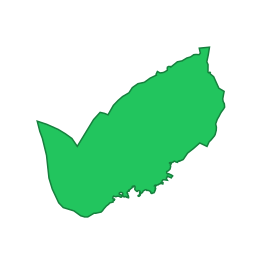 outline of Mobbar, Borno, Nigeria, rotated 192°
{"feature_id": "59680162B87872962443621", "entity_name": "Mobbar", "entity_type": "district", "adm_level": 2, "iso_a3": "NGA", "parent_name": "Nigeria", "parent_adm1": "Borno", "projection": "mercator", "projection_center": [12.643, 13.067], "detail": "fine", "context": "isolated", "style": "filled", "palette": "green", "viewbox_px": 256, "rotation_deg": 192, "n_neighbors": 0, "source": "geoboundaries", "source_scale": "gbopen_adm2", "svg_char_len": 4861}
<svg xmlns="http://www.w3.org/2000/svg" viewBox="0 0 256 256"><g transform="rotate(192 128 128)"><path d="M158.5,137.5L163.4,129.1L167.1,118.6L173.8,99.5L180.7,106.1L188.0,109.3L196.0,112.1L208.2,114.7L218.2,115.8L213.5,106.3L209.6,100.1L202.0,84.3L194.9,62.6L189.4,52.6L180.2,40.4L174.8,36.7L163.7,35.7L156.0,32.3L151.8,32.0L148.8,32.7L146.3,35.0L143.5,37.6L141.9,37.9L136.8,40.2L136.0,41.4L135.6,42.0L135.4,42.6L134.7,44.1L132.9,47.3L131.1,49.4L130.3,50.9L127.2,52.5L127.3,52.8L127.4,53.2L127.3,53.5L127.2,53.8L126.8,54.1L126.6,54.2L126.4,54.3L126.4,54.5L126.3,54.9L126.3,55.1L126.2,55.4L126.4,55.6L126.5,55.7L127.0,55.6L127.2,55.3L127.5,55.2L127.7,55.4L127.9,55.6L128.0,55.9L128.4,56.1L128.3,56.8L128.3,57.4L128.1,58.0L128.0,58.3L127.1,58.3L125.5,58.3L124.4,59.0L122.8,59.3L122.4,59.3L122.1,59.2L121.5,59.0L121.1,58.8L120.6,58.9L120.4,59.0L120.2,59.0L119.9,59.1L119.8,59.4L119.8,59.7L119.9,60.0L120.0,60.3L120.4,60.9L121.2,61.3L121.6,61.4L122.1,61.3L122.4,61.3L122.7,61.4L122.8,61.5L123.0,61.8L123.0,62.1L123.0,62.5L122.9,62.7L122.8,62.9L122.6,63.1L122.3,63.3L122.0,63.5L121.7,63.6L121.4,63.6L121.2,63.6L120.9,63.6L120.5,63.5L120.2,63.5L120.0,63.4L119.6,63.0L119.4,62.8L119.3,62.6L119.4,62.2L119.5,62.0L119.5,61.8L119.4,61.5L119.4,61.3L119.2,61.1L119.0,60.8L118.7,60.6L118.6,60.4L118.5,60.2L118.2,60.0L118.0,59.9L117.8,59.9L117.6,59.8L117.3,59.8L117.1,59.9L116.5,60.4L115.9,60.5L115.5,60.1L114.5,59.9L114.3,59.9L114.2,60.0L114.3,60.1L114.4,60.4L114.2,60.5L113.9,60.7L113.7,60.6L113.7,60.3L113.7,59.9L113.3,59.8L113.0,59.8L112.9,59.9L113.0,60.3L113.2,61.0L113.5,61.4L113.6,61.9L114.0,62.3L114.4,62.7L114.5,63.0L114.5,63.5L114.8,63.6L115.0,63.7L115.2,64.1L115.4,64.3L115.5,64.7L115.3,65.4L115.0,65.8L114.8,66.2L114.6,66.3L114.2,66.3L113.9,66.3L113.8,66.5L113.7,66.8L113.7,67.0L113.9,67.0L114.1,66.9L114.3,66.8L114.4,67.0L114.3,67.5L114.1,67.6L113.6,67.8L113.2,68.4L112.7,69.2L112.3,69.6L111.7,70.2L111.5,70.9L111.7,71.5L111.6,71.8L111.3,72.0L111.1,72.1L111.0,71.9L110.8,71.5L110.5,71.5L110.4,71.8L110.6,72.1L110.6,72.3L110.2,72.5L109.7,72.7L109.3,72.5L109.0,72.1L108.7,71.6L108.8,71.3L108.8,70.8L108.7,70.3L108.7,70.0L108.6,69.4L108.1,68.9L107.5,68.5L106.9,68.2L106.6,68.0L106.3,67.9L106.0,67.8L105.7,67.9L105.6,68.0L105.4,68.4L105.3,68.7L105.0,68.9L104.1,69.0L103.4,68.7L103.0,68.5L103.0,68.4L102.8,67.7L102.6,67.3L102.8,67.1L102.9,67.3L103.2,67.2L103.1,66.7L102.8,66.2L102.8,65.8L102.6,65.4L102.6,65.2L102.8,65.0L103.0,65.0L103.0,64.9L103.0,64.7L103.2,64.4L103.5,64.4L103.8,64.3L104.1,64.0L104.0,63.6L103.6,63.4L103.1,63.4L102.8,63.7L102.1,64.8L102.0,66.2L101.7,66.8L100.9,67.4L100.3,68.3L100.2,69.0L100.1,69.4L99.2,70.3L99.0,70.5L98.9,70.6L98.7,70.8L98.4,71.0L98.2,71.2L97.5,71.4L97.3,71.1L96.5,70.8L96.0,71.1L94.8,71.1L94.4,71.1L93.6,70.8L92.7,70.6L92.6,70.0L92.3,69.5L91.8,69.0L91.0,68.9L90.5,69.5L90.2,69.5L89.7,69.8L89.2,70.0L88.9,70.8L88.6,71.4L88.9,71.9L88.9,72.4L88.6,73.0L88.4,73.0L88.4,73.5L88.4,73.8L88.6,74.1L88.4,74.6L88.9,74.9L88.9,76.7L89.4,77.0L90.0,77.0L89.7,77.6L89.4,77.8L88.9,77.8L88.1,77.8L87.6,78.4L87.1,78.6L86.8,78.6L86.7,78.7L86.5,78.9L86.3,79.2L85.9,79.5L85.7,79.7L85.7,79.9L85.0,80.0L84.8,80.5L84.7,80.8L84.5,81.2L83.9,81.0L83.4,80.5L82.3,80.5L82.3,81.7L82.6,82.0L83.3,82.0L83.5,82.2L83.7,82.7L83.7,83.2L83.4,83.9L82.9,84.6L82.6,84.8L81.9,84.9L80.1,85.0L78.7,85.1L79.3,85.7L79.8,86.2L80.0,87.0L79.7,87.5L79.5,88.4L79.5,89.0L75.3,88.2L75.0,89.1L74.3,90.4L75.5,91.0L77.5,91.4L78.6,91.7L79.0,91.7L79.1,91.4L79.6,91.3L79.9,91.4L80.2,91.6L80.5,91.9L80.8,92.0L80.9,92.7L81.1,93.3L80.8,93.7L79.8,94.4L78.4,96.4L78.3,97.6L78.3,99.1L78.4,99.8L78.7,100.1L79.0,100.7L78.9,101.2L78.4,101.5L78.2,102.3L78.8,102.5L79.9,102.2L80.2,102.4L80.1,102.7L79.4,103.0L78.1,103.3L76.7,104.1L76.1,105.0L75.8,105.2L75.6,105.2L75.0,105.0L74.8,105.0L74.0,104.7L73.5,104.7L72.9,104.7L72.4,104.7L72.4,105.0L72.2,105.4L72.0,105.7L71.8,106.0L71.4,106.1L71.3,106.3L70.6,106.3L70.6,106.7L70.3,106.7L68.8,107.6L68.5,107.8L68.5,108.0L68.3,108.2L67.6,108.5L67.2,109.2L66.0,112.2L64.5,115.8L62.1,118.7L59.8,121.4L54.7,128.3L46.9,126.4L45.8,131.3L44.2,133.7L41.8,138.3L41.4,139.8L41.2,144.2L41.7,147.2L43.1,150.2L42.5,155.0L42.0,156.6L41.8,157.1L41.7,157.5L41.4,158.3L40.6,161.4L40.0,163.1L38.5,166.4L38.1,167.6L37.8,168.5L38.8,171.7L40.5,173.8L41.4,176.2L41.6,183.8L47.4,185.8L54.9,196.0L58.5,197.9L59.3,198.9L59.1,199.4L59.5,199.6L60.4,198.8L61.4,199.3L62.9,206.7L64.7,209.1L64.7,216.3L65.1,224.0L74.9,220.9L72.8,216.2L73.7,214.5L76.7,214.1L78.9,213.4L81.6,210.5L85.0,208.7L86.5,207.3L89.1,204.9L93.5,203.0L98.7,196.6L98.9,197.0L101.1,196.6L102.1,195.7L102.0,194.3L101.7,193.8L101.7,192.9L101.6,192.6L104.0,190.3L105.3,189.5L108.1,188.5L111.0,189.4L111.7,186.4L111.2,185.6L116.7,181.4L121.5,176.1L127.5,173.4L132.1,168.5L134.4,162.6L139.9,157.6L143.4,152.9L147.0,147.1L150.3,136.7L153.8,137.4L158.5,137.5Z" fill="#22c55e" stroke="#15803d" stroke-width="1.5"/></g></svg>